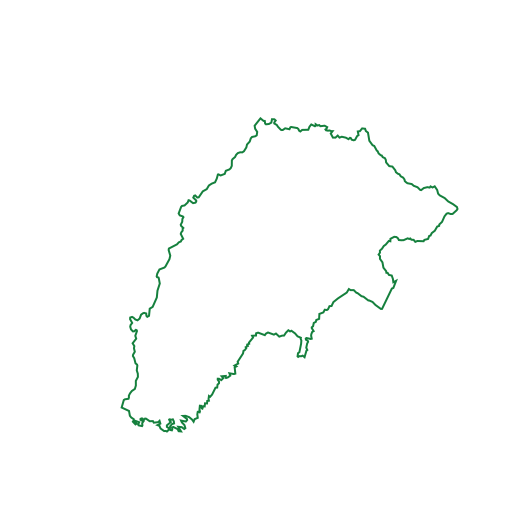 outline of Puyango, Loja, Ecuador, rotated 327°
{"feature_id": "8360857B44801921966022", "entity_name": "Puyango", "entity_type": "district", "adm_level": 2, "iso_a3": "ECU", "parent_name": "Ecuador", "parent_adm1": "Loja", "projection": "robinson", "projection_center": [-80.087, -3.964], "detail": "fine", "context": "isolated", "style": "outline", "palette": "green", "viewbox_px": 512, "rotation_deg": 327, "n_neighbors": 0, "source": "geoboundaries", "source_scale": "gbopen_adm2", "svg_char_len": 6086}
<svg xmlns="http://www.w3.org/2000/svg" viewBox="0 0 512 512"><g transform="rotate(327 256 256)"><path d="M360.0,353.1L356.9,352.8L358.3,349.9L359.2,346.3L357.2,344.3L357.2,341.9L356.2,341.1L356.9,339.6L356.5,335.2L358.6,330.2L358.4,325.9L359.9,323.7L359.6,321.6L361.8,320.7L362.8,319.0L365.7,318.5L368.6,317.2L371.0,317.1L375.6,315.7L376.7,316.8L378.1,314.8L382.4,315.2L384.1,316.6L384.7,318.5L384.5,320.4L386.4,321.9L388.4,323.1L392.8,323.8L393.8,325.2L394.9,325.3L395.2,327.0L397.0,328.3L397.3,330.9L399.5,331.3L404.6,334.9L406.0,334.2L409.6,335.4L412.2,333.5L413.5,333.9L415.9,332.5L419.7,332.2L424.0,330.0L426.0,330.5L426.9,329.4L430.6,328.7L435.7,325.4L438.9,324.3L440.5,324.7L442.1,326.8L443.8,327.8L449.3,326.9L450.6,326.3L451.2,324.4L449.5,319.9L446.9,314.9L445.8,310.2L443.1,305.2L442.7,302.9L443.9,299.3L443.8,294.9L441.4,294.7L440.3,292.7L438.9,293.2L437.2,291.6L433.7,290.4L430.4,290.7L429.7,290.0L428.9,286.3L426.5,283.0L425.8,280.5L422.6,277.4L422.0,275.8L421.6,274.2L422.2,272.7L422.1,270.4L420.8,268.0L420.8,265.6L419.8,264.3L419.0,261.9L419.5,260.0L419.1,255.3L416.7,253.2L416.1,248.4L417.2,246.1L417.4,244.2L416.1,242.1L416.2,240.2L415.5,239.5L414.7,236.7L415.1,234.4L414.7,233.4L415.1,228.1L414.1,226.6L413.8,221.1L417.1,213.5L416.2,211.0L416.8,208.7L414.5,206.8L411.1,207.9L409.2,207.0L407.8,210.5L406.1,210.5L402.4,212.5L401.0,212.2L399.6,210.6L399.7,208.7L399.2,208.1L397.2,208.4L395.8,205.7L392.9,202.7L390.5,202.2L390.1,199.5L387.1,200.0L385.0,198.6L385.4,194.0L388.2,193.0L387.0,192.2L386.1,190.8L384.6,190.1L383.2,188.7L383.2,187.7L384.4,187.7L385.9,186.7L384.5,184.1L380.7,182.2L380.3,180.6L378.7,180.1L377.8,178.0L377.0,179.3L376.1,179.3L374.0,175.8L371.3,176.7L368.6,178.6L363.4,175.4L361.0,175.7L360.4,174.4L360.7,172.6L360.3,171.2L355.7,166.9L354.9,166.8L353.1,167.9L350.0,164.8L347.1,164.9L346.2,164.4L345.6,163.7L344.8,159.6L344.8,157.4L343.5,154.8L344.0,154.0L346.3,153.1L345.9,151.4L343.9,150.0L341.5,152.5L338.7,152.3L336.1,151.0L335.8,149.9L336.9,147.5L335.9,146.8L334.7,143.0L325.8,146.0L324.6,148.8L324.6,152.6L322.3,155.2L320.6,155.2L317.5,154.0L315.7,154.5L313.1,156.6L309.2,157.6L307.0,159.7L302.9,161.6L300.9,161.6L299.2,160.4L296.8,159.8L294.5,160.3L292.3,161.6L289.1,162.0L287.8,162.7L284.8,167.2L282.6,168.6L280.8,168.9L277.1,168.1L274.5,170.1L270.2,169.2L269.0,167.1L268.4,166.9L265.3,169.7L261.8,171.9L258.3,171.2L254.9,171.2L251.1,173.1L246.6,172.8L239.9,175.6L238.6,175.0L238.0,172.1L236.9,171.8L235.2,172.9L236.1,176.9L235.5,177.8L234.3,178.3L232.0,177.4L230.5,173.2L229.8,172.5L227.9,173.9L223.6,174.7L221.2,173.7L220.0,174.0L214.3,178.2L214.2,180.4L216.2,183.0L216.3,183.9L214.4,184.9L212.8,187.1L209.9,188.8L209.6,189.9L210.3,192.9L209.4,193.1L208.3,194.8L206.2,195.5L204.9,196.5L204.3,201.9L202.1,202.1L200.9,202.9L198.7,202.5L196.1,203.2L187.0,202.3L186.0,203.4L184.3,209.0L181.7,211.5L174.3,215.5L172.9,215.8L167.7,214.7L163.6,217.0L161.6,219.0L161.5,219.9L162.5,220.9L162.4,221.6L160.3,226.7L154.5,231.4L150.2,236.8L141.6,242.4L138.2,242.3L133.7,247.9L131.7,247.8L131.5,246.5L132.6,244.4L131.2,242.8L130.2,242.5L127.7,242.6L124.3,245.1L121.6,245.4L120.2,243.5L119.7,241.1L118.9,239.6L117.0,239.1L116.0,240.4L115.7,244.7L113.2,245.6L112.0,246.8L111.2,249.5L111.7,252.2L112.8,252.8L115.0,252.5L115.5,253.3L115.3,254.1L111.3,257.2L110.5,260.1L105.0,262.0L104.9,265.3L103.4,266.9L102.2,270.3L99.2,271.8L98.3,272.8L98.2,275.4L96.5,280.4L97.1,282.3L96.8,283.3L93.7,287.0L92.8,290.3L91.1,293.1L87.2,295.3L84.7,299.2L82.0,301.5L78.3,301.6L75.5,302.6L73.3,303.9L72.4,305.4L71.3,306.3L68.0,304.8L66.7,304.8L60.8,309.9L65.1,316.8L63.2,321.3L63.4,323.5L64.6,326.3L64.3,327.1L62.5,327.9L63.2,331.6L64.5,331.6L64.4,328.5L65.0,328.5L67.5,331.8L65.4,333.1L65.3,334.1L67.8,336.6L68.4,336.3L69.5,334.2L71.5,333.4L69.9,330.5L70.3,329.8L71.4,329.8L72.3,330.5L72.6,332.5L74.4,331.9L75.1,332.4L76.9,336.7L79.6,338.3L79.5,340.1L83.5,342.1L85.3,341.7L84.5,344.5L81.3,344.2L82.5,345.9L82.0,348.7L83.6,352.8L85.1,353.6L85.7,354.7L87.5,354.4L89.3,353.2L88.2,350.8L89.0,349.5L94.1,348.9L93.8,347.1L94.1,345.9L94.8,346.0L95.5,347.1L97.3,347.7L97.0,350.0L96.1,351.8L93.9,351.2L91.3,352.1L89.9,353.5L89.4,355.3L90.5,356.4L91.4,355.8L92.2,354.1L93.5,354.3L96.0,358.5L95.7,360.8L97.6,362.3L97.8,356.9L100.5,359.1L101.6,362.0L103.0,361.9L103.9,358.8L103.2,355.2L103.5,353.2L107.0,356.6L108.9,356.1L109.3,355.1L107.7,350.4L109.9,351.7L112.2,354.8L113.3,358.4L113.4,361.0L115.7,359.4L119.0,360.0L120.5,356.9L122.2,355.0L122.8,355.0L123.6,356.4L124.2,356.0L125.1,353.8L127.4,351.0L128.4,351.8L127.6,354.3L127.9,354.8L129.9,353.2L131.0,354.2L133.0,351.8L134.6,353.0L136.2,351.0L137.7,351.7L138.3,350.1L140.3,347.8L140.8,349.1L143.7,348.3L150.3,344.4L151.8,345.2L153.7,342.9L155.6,342.6L156.6,341.3L156.5,338.9L157.1,338.1L158.1,338.8L159.3,341.2L162.0,340.6L161.7,338.2L165.3,340.1L164.2,341.4L164.4,342.0L166.3,342.5L169.3,342.3L169.8,339.9L173.2,343.0L174.6,343.4L177.5,337.7L179.3,337.9L178.4,336.2L182.5,336.5L183.0,334.7L192.0,330.7L193.9,328.7L195.4,328.8L197.6,328.0L197.7,326.9L198.8,327.0L199.6,326.4L200.2,326.8L200.5,325.5L202.5,325.9L202.9,324.8L209.1,322.8L209.3,320.8L212.7,322.7L214.0,320.9L216.0,321.4L220.3,327.2L222.1,326.5L224.4,326.7L228.2,331.7L230.5,331.9L231.6,336.3L234.5,337.0L236.2,338.0L239.4,336.6L242.7,335.9L243.5,337.8L245.0,338.0L246.6,342.2L247.1,346.0L249.1,349.0L248.4,349.7L248.0,351.6L246.0,354.2L240.0,360.3L238.3,360.4L236.2,362.8L236.4,363.6L237.8,363.6L239.3,364.7L240.9,365.0L241.6,367.3L246.7,362.9L247.8,362.8L248.2,360.3L251.2,357.3L253.0,356.3L253.2,355.3L252.3,353.4L252.8,352.3L253.7,352.3L256.7,355.4L257.7,355.7L258.8,352.9L259.8,351.7L261.8,350.3L263.4,350.4L263.5,346.8L263.9,346.2L265.6,346.0L268.0,343.6L270.3,343.8L271.7,342.5L274.7,343.1L277.6,339.1L281.8,340.0L284.4,338.5L286.0,339.9L287.4,339.9L290.3,338.1L292.1,339.1L295.8,336.8L301.8,336.2L312.2,336.1L315.9,334.3L316.7,336.1L319.4,337.9L320.2,341.6L320.9,342.3L322.6,347.2L324.0,348.7L326.0,354.5L326.6,354.8L328.7,358.0L329.5,362.1L331.9,368.4L332.9,369.0L352.2,357.3L353.8,357.6L360.0,353.1Z" fill="none" stroke="#15803d" stroke-width="2"/></g></svg>